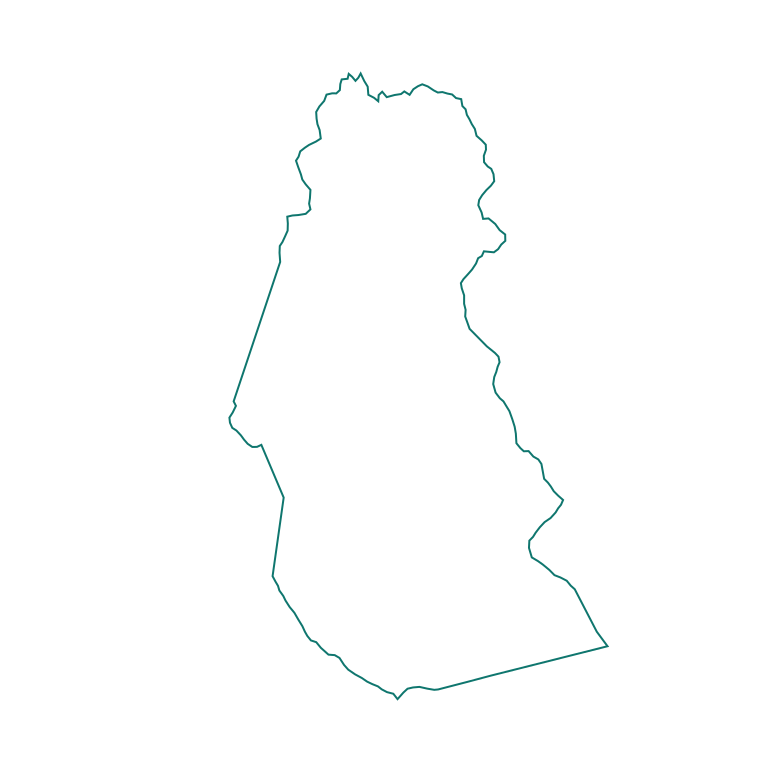 Palmeiras, Bahia, Brazil, rotated 347°
{"feature_id": "56859067B40593340252607", "entity_name": "Palmeiras", "entity_type": "district", "adm_level": 2, "iso_a3": "BRA", "parent_name": "Brazil", "parent_adm1": "Bahia", "projection": "equal_earth", "projection_center": [-41.531, -12.534], "detail": "fine", "context": "isolated", "style": "outline", "palette": "teal", "viewbox_px": 768, "rotation_deg": 347, "n_neighbors": 0, "source": "geoboundaries", "source_scale": "gbopen_adm2", "svg_char_len": 2764}
<svg xmlns="http://www.w3.org/2000/svg" viewBox="0 0 768 768"><g transform="rotate(347 384 384)"><path d="M326.3,694.1L333.5,689.0L338.4,686.2L344.0,686.2L350.4,687.1L357.7,690.6L364.2,693.3L368.0,693.8L398.3,693.0L422.2,692.2L542.8,689.8L535.6,673.2L523.7,626.9L520.6,622.5L517.8,616.8L512.4,612.2L507.1,608.6L503.3,602.4L498.1,595.6L494.2,591.2L489.0,586.2L488.4,576.3L490.4,569.3L494.8,566.5L498.3,563.0L503.5,558.7L509.4,554.7L516.1,552.1L522.3,547.8L525.7,544.3L529.3,541.5L532.4,537.3L528.6,532.0L525.3,526.7L523.5,521.4L521.5,516.9L518.7,512.4L519.4,497.3L517.4,492.2L513.2,488.3L509.8,481.9L505.1,481.0L502.5,477.2L499.7,471.5L501.3,462.0L501.7,455.0L501.1,447.2L500.1,438.7L498.3,433.3L496.5,427.8L493.7,424.0L490.8,417.5L490.4,408.6L493.0,402.0L496.1,397.5L498.6,392.8L501.5,388.8L501.7,383.1L499.1,378.7L492.7,370.5L479.8,349.5L479.1,343.2L478.3,336.5L480.2,330.1L480.1,323.9L482.0,315.7L481.3,308.2L481.6,303.0L485.0,299.7L490.5,295.9L495.5,292.3L500.8,287.3L504.0,282.6L508.1,281.3L511.2,277.2L515.9,278.8L520.7,280.4L525.5,278.3L529.6,274.5L534.4,271.8L535.7,265.6L531.3,260.1L528.4,253.1L523.1,246.2L517.7,245.4L517.7,238.9L516.1,231.0L518.1,226.1L522.1,222.1L527.5,218.0L532.8,214.8L537.0,211.2L537.9,204.2L536.9,198.5L534.0,195.4L531.4,190.4L532.6,184.1L536.1,178.6L537.0,173.7L534.0,168.6L530.0,163.0L529.9,155.9L528.0,150.5L526.8,145.2L525.3,140.4L525.3,134.7L522.9,130.8L523.3,123.8L518.5,121.6L515.5,117.2L511.2,115.3L506.6,112.7L502.0,112.1L498.5,109.1L493.6,103.9L488.7,100.6L484.0,101.5L478.9,103.4L474.0,108.0L469.6,103.5L465.8,105.3L459.3,104.8L451.2,105.1L448.0,98.8L443.8,101.3L442.0,107.2L438.7,102.9L433.8,98.7L435.0,90.6L432.9,84.3L431.1,76.2L427.9,79.8L424.4,82.2L422.1,77.6L419.4,73.9L417.2,78.4L411.3,77.7L408.9,81.9L407.1,87.7L402.9,90.1L398.8,89.1L393.1,89.1L389.4,94.7L383.5,99.0L379.1,103.7L378.0,110.3L377.6,115.9L378.4,122.1L377.6,130.6L372.2,132.5L368.6,133.3L364.7,134.2L360.0,136.0L354.7,138.5L351.9,143.3L348.5,146.6L349.2,153.4L350.2,161.1L350.4,166.4L352.6,171.8L356.0,178.3L353.6,186.4L351.6,191.4L351.6,197.3L346.0,200.6L338.5,200.1L332.7,199.2L327.4,199.2L326.4,206.0L324.6,212.9L320.9,217.8L317.0,222.8L313.5,226.1L311.7,232.7L310.3,241.7L233.6,367.1L234.8,372.0L230.2,377.7L225.8,382.0L225.2,387.1L226.3,392.6L229.7,396.1L233.0,401.8L235.1,406.7L237.7,411.6L241.5,415.7L246.1,416.7L250.8,415.7L260.7,472.1L232.2,546.2L233.8,552.1L235.3,556.8L235.6,561.7L238.2,567.9L239.3,572.8L241.9,580.1L245.2,586.7L247.5,594.2L250.0,601.6L251.2,607.5L252.6,612.2L255.1,617.4L259.9,620.3L263.1,626.8L269.0,635.2L275.0,637.1L279.0,640.9L281.9,648.8L284.9,654.3L290.5,660.4L296.2,665.4L300.6,670.2L305.1,673.8L310.1,677.3L313.1,681.0L317.6,684.9L323.4,687.9L326.3,694.1Z" fill="none" stroke="#0f766e" stroke-width="2"/></g></svg>